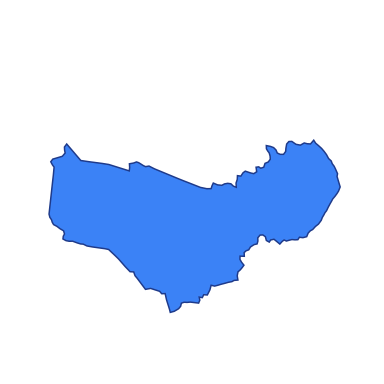 outline of Paripiranga, Bahia, Brazil, rotated 62°
{"feature_id": "56859067B65778580643910", "entity_name": "Paripiranga", "entity_type": "district", "adm_level": 2, "iso_a3": "BRA", "parent_name": "Brazil", "parent_adm1": "Bahia", "projection": "mercator", "projection_center": [-37.888, -10.599], "detail": "fine", "context": "isolated", "style": "filled", "palette": "blue", "viewbox_px": 384, "rotation_deg": 62, "n_neighbors": 0, "source": "geoboundaries", "source_scale": "gbopen_adm2", "svg_char_len": 2625}
<svg xmlns="http://www.w3.org/2000/svg" viewBox="0 0 384 384"><g transform="rotate(62 192 192)"><path d="M257.1,58.8L249.1,57.2L246.3,56.6L244.2,54.9L241.5,54.7L239.0,54.5L236.0,54.4L232.8,54.9L230.0,54.5L226.5,55.7L222.1,55.7L218.1,56.3L214.4,57.1L210.5,58.5L207.0,59.9L203.4,60.2L205.2,64.8L203.5,67.6L201.4,69.9L201.5,74.3L198.7,77.8L194.2,80.1L192.9,82.8L194.1,85.9L197.4,88.5L200.2,90.3L201.7,93.5L200.1,96.5L197.6,98.4L194.3,98.1L191.1,99.1L188.6,101.3L185.9,104.6L188.8,106.0L191.3,105.9L193.7,105.5L197.0,106.2L199.8,107.5L201.3,110.6L201.0,114.1L203.8,117.0L203.3,120.1L201.1,121.3L200.2,123.8L204.5,125.4L204.8,128.8L202.9,131.1L200.7,133.2L198.6,135.2L199.0,137.9L200.9,141.4L198.9,144.2L202.1,146.1L204.8,148.9L208.6,150.7L206.3,152.7L203.0,153.8L201.1,156.4L200.1,159.5L200.1,162.5L197.7,166.1L194.1,169.0L195.9,171.4L198.0,173.5L196.1,177.3L191.9,182.4L184.3,188.9L177.8,194.5L173.4,198.2L154.0,214.2L151.9,215.7L148.9,217.8L147.8,221.1L145.8,222.6L143.5,223.9L141.1,225.3L139.4,226.9L139.0,230.0L137.7,234.0L141.2,235.6L143.9,237.5L128.7,252.5L124.4,258.2L117.0,268.6L112.0,275.4L90.8,280.1L92.4,283.5L95.1,284.8L98.0,285.7L99.6,289.7L97.6,299.5L99.0,302.5L102.4,302.5L105.3,302.1L112.0,306.5L116.8,309.8L144.4,328.6L147.6,329.4L150.6,329.1L153.1,329.6L155.8,329.5L158.9,327.4L162.4,325.8L166.0,323.6L169.2,324.3L170.6,326.4L172.9,328.0L175.8,326.1L177.8,323.6L179.4,320.5L183.0,317.3L185.6,314.7L187.0,312.5L190.3,310.1L193.7,305.8L201.1,295.6L203.6,292.6L212.2,289.7L216.6,288.3L226.5,286.0L233.3,284.1L235.2,281.0L239.2,281.6L242.5,280.9L256.1,278.8L257.7,273.8L264.5,267.2L267.6,266.5L269.1,263.4L275.2,265.1L284.8,266.9L288.1,267.7L289.0,263.7L288.8,258.7L287.6,255.7L285.2,253.6L285.6,250.8L287.2,248.1L288.4,245.2L293.2,238.3L291.2,235.9L288.2,235.0L290.1,232.5L288.2,229.9L290.1,226.8L286.8,222.1L283.3,218.9L285.7,216.2L286.5,212.8L287.1,209.7L288.0,206.0L288.8,202.3L289.9,198.8L289.8,196.4L291.3,192.8L287.2,191.4L284.1,188.9L283.4,185.9L282.3,183.2L281.0,180.5L277.3,181.2L274.0,181.3L271.2,179.7L273.3,176.0L270.0,174.4L269.3,171.8L269.7,169.1L268.0,166.2L267.6,161.9L268.4,158.9L266.3,156.9L263.3,155.4L262.0,152.1L263.2,149.6L265.9,148.2L269.7,149.1L272.5,147.3L271.3,145.1L272.2,141.8L276.5,140.0L279.2,138.9L278.0,135.6L277.6,133.2L279.6,131.7L280.2,128.9L280.9,126.1L282.6,123.5L283.8,120.9L282.4,118.4L284.4,115.5L285.3,111.7L282.8,108.7L281.8,105.7L281.8,103.1L280.4,99.2L279.7,95.4L277.7,91.2L275.6,88.8L274.3,86.6L272.7,84.3L271.7,82.0L269.4,78.9L267.2,75.6L265.7,73.2L264.2,71.0L262.9,67.7L261.5,64.8L260.0,62.2L257.1,58.8Z" fill="#3b82f6" stroke="#1e3a8a" stroke-width="1.5"/></g></svg>